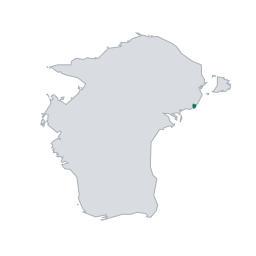 Grant, South Australia, Australia shown in context, rotated 282°
{"feature_id": "25037944B24842060506409", "entity_name": "Grant", "entity_type": "district", "adm_level": 2, "iso_a3": "AUS", "parent_name": "Australia", "parent_adm1": "South Australia", "projection": "robinson", "projection_center": [140.575, -37.836], "detail": "fine", "context": "in_parent", "style": "filled", "palette": "teal", "viewbox_px": 256, "rotation_deg": 282, "n_neighbors": 0, "source": "geoboundaries", "source_scale": "gbopen_adm2", "svg_char_len": 4324}
<svg xmlns="http://www.w3.org/2000/svg" viewBox="0 0 256 256"><g transform="rotate(282 128 128)"><path d="M175.2,46.2L178.0,59.3L181.4,58.7L185.3,62.6L185.9,70.6L188.2,73.4L188.7,80.9L190.4,84.8L201.7,92.0L206.0,103.8L207.3,104.4L207.5,102.3L209.9,104.4L210.3,103.4L211.3,109.4L212.7,111.2L215.9,113.0L222.0,123.1L221.5,129.9L223.6,138.0L220.0,153.2L217.6,158.7L211.9,165.0L206.5,177.4L205.0,186.6L195.6,188.9L190.9,192.9L188.0,193.2L188.8,195.5L184.4,192.2L185.0,191.4L184.8,190.6L183.9,190.5L182.4,192.0L181.3,191.1L183.2,189.7L182.1,188.7L176.0,193.7L166.5,191.2L159.1,185.1L158.8,180.3L155.3,176.0L156.8,176.1L156.7,174.8L151.7,176.1L153.2,172.9L151.2,168.2L149.5,173.6L145.8,174.1L146.4,172.3L148.1,172.3L150.5,165.0L149.8,159.5L147.3,165.3L143.6,167.5L141.2,170.9L141.6,172.7L140.1,172.5L137.7,170.5L139.2,170.5L138.1,167.1L135.7,163.2L133.8,162.7L133.4,159.3L118.9,153.5L94.9,157.9L87.4,161.9L84.2,166.8L67.5,167.2L58.8,173.1L52.6,172.7L45.3,168.7L45.0,164.6L46.7,165.3L48.0,162.9L47.4,154.6L44.1,148.4L42.5,140.6L33.7,124.3L36.9,126.1L34.8,121.1L36.2,124.1L38.6,124.9L34.3,114.7L36.5,100.7L37.2,104.0L39.8,100.4L49.0,94.0L52.3,94.3L69.3,88.2L75.5,80.0L74.9,74.6L78.3,70.8L81.2,76.7L82.6,73.4L80.7,71.1L81.3,69.6L86.9,70.6L85.1,70.0L86.2,67.7L85.2,65.6L88.2,65.3L87.1,63.8L89.5,63.6L88.6,61.3L90.8,58.8L91.0,60.3L92.7,60.1L92.8,57.3L95.3,58.3L96.9,56.0L99.6,57.6L103.2,61.5L102.6,64.7L105.0,61.7L110.1,63.7L111.1,62.0L108.8,59.6L114.7,48.8L115.9,49.5L117.9,46.8L118.6,47.9L124.8,47.1L124.5,44.5L120.4,42.6L121.1,41.9L135.9,47.5L140.2,45.5L139.2,47.6L141.0,48.7L143.2,46.2L145.2,48.3L142.8,53.1L140.3,53.6L140.4,57.0L138.0,62.5L151.5,72.3L155.2,73.3L156.3,75.7L162.3,77.3L166.7,68.8L167.0,56.3L167.7,51.6L169.2,50.5L168.0,48.3L171.7,39.3L175.2,46.2ZM181.1,203.8L188.2,206.5L196.7,204.8L197.0,212.2L196.5,210.9L195.6,212.5L195.2,217.3L192.3,215.3L190.3,219.8L186.6,219.4L187.4,218.2L184.3,216.1L183.1,212.3L184.5,213.0L181.3,207.7L181.1,203.8ZM113.5,42.0L117.7,42.0L119.1,43.3L116.3,46.0L113.5,42.0ZM144.3,177.7L151.5,177.5L148.4,178.7L144.3,177.7ZM144.1,56.3L145.0,59.0L142.3,58.6L142.7,56.7L144.1,56.3ZM221.6,122.0L221.5,118.9L222.6,116.4L223.0,118.2L221.6,122.0ZM194.8,199.5L197.2,200.1L197.2,201.1L194.8,199.5ZM113.1,42.8L114.6,45.4L111.9,45.2L113.1,42.8ZM178.6,199.9L177.3,199.7L178.0,197.9L178.6,199.9ZM158.4,71.2L157.2,72.0L155.9,72.5L156.5,71.0L158.4,71.2ZM33.7,123.6L32.5,122.1L32.4,120.8L32.5,120.7L33.7,123.6ZM196.7,202.1L197.6,202.8L195.8,202.2L196.7,202.1ZM212.2,109.8L213.2,109.8L213.1,111.1L212.2,109.8ZM189.1,80.8L190.2,81.6L190.0,82.0L189.1,80.8ZM192.1,218.0L192.2,219.2L191.3,218.8L192.1,218.0ZM223.0,131.1L223.0,132.7L222.9,132.7L223.0,131.1ZM124.3,41.8L123.6,41.1L124.1,40.7L124.3,41.8ZM144.2,42.0L143.1,43.3L144.3,41.0L144.2,42.0ZM223.2,129.0L222.7,129.6L223.0,129.0L223.2,129.0ZM145.8,66.5L145.2,66.8L145.5,66.2L145.8,66.5ZM142.0,56.3L141.2,56.4L141.7,55.6L142.0,56.3ZM42.9,94.0L42.8,95.1L42.4,95.0L42.9,94.0ZM170.5,38.7L170.5,39.6L170.2,38.9L170.5,38.7ZM183.9,191.0L184.1,191.5L183.9,191.4L183.9,191.0ZM142.9,43.7L141.5,44.6L142.9,43.5L142.9,43.7ZM88.7,60.0L88.2,60.7L88.5,59.9L88.7,60.0ZM192.6,217.1L192.2,217.4L192.5,216.9L192.6,217.1ZM157.8,74.4L157.1,74.4L157.5,73.8L157.8,74.4ZM86.0,64.9L85.6,65.2L85.5,64.4L86.0,64.9ZM196.1,214.6L195.5,214.9L195.7,214.3L196.1,214.6ZM171.0,36.2L170.9,36.8L170.5,36.5L171.0,36.2ZM183.6,191.7L184.2,192.3L183.2,192.1L183.6,191.7ZM203.0,91.9L202.5,91.9L202.7,91.2L203.0,91.9ZM207.1,102.2L206.8,102.2L207.0,101.6L207.1,102.2ZM181.4,202.9L181.3,203.4L181.1,202.8L181.4,202.9Z" fill="#d9dde1" stroke="#a8b0b8" stroke-width="1"/><path d="M164.5,187.1L163.6,187.1L163.4,187.1L163.1,187.1L163.1,187.3L163.1,187.6L163.1,187.8L162.8,187.8L162.2,187.9L162.2,188.0L162.1,188.3L161.9,188.3L161.8,188.2L161.7,188.0L161.7,187.9L161.4,187.9L161.4,188.0L161.5,188.0L161.6,188.3L161.7,188.5L161.8,188.6L161.8,188.8L161.8,188.7L161.8,188.8L162.0,188.8L162.2,189.0L162.3,189.0L162.5,189.2L162.5,189.3L162.8,189.4L163.0,189.5L163.3,189.5L163.5,189.5L163.8,189.5L163.8,189.4L163.9,189.5L164.0,189.5L164.3,189.5L164.4,188.5L164.4,187.9L164.4,187.7L164.5,187.7L164.4,187.7L164.5,187.3L164.4,187.3L164.5,187.3L164.5,187.1ZM163.4,188.3L163.4,188.2L163.5,188.2L163.8,188.2L163.7,188.3L163.8,188.3L163.7,188.4L163.4,188.3Z" fill="#14b8a6" stroke="#0f766e" stroke-width="1.5"/></g></svg>